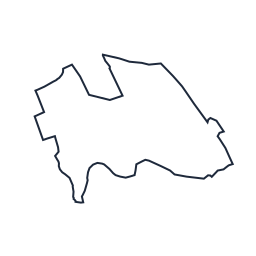 outline of Kuje, Federal Capital Territory, Nigeria, rotated 241°
{"feature_id": "59680162B82387239737873", "entity_name": "Kuje", "entity_type": "district", "adm_level": 2, "iso_a3": "NGA", "parent_name": "Nigeria", "parent_adm1": "Federal Capital Territory", "projection": "orthographic", "projection_center": [7.22, 8.673], "detail": "fine", "context": "isolated", "style": "outline", "palette": "slate", "viewbox_px": 256, "rotation_deg": 241, "n_neighbors": 0, "source": "geoboundaries", "source_scale": "gbopen_adm2", "svg_char_len": 1560}
<svg xmlns="http://www.w3.org/2000/svg" viewBox="0 0 256 256"><g transform="rotate(241 128 128)"><path d="M88.9,46.3L88.4,46.9L85.6,50.6L84.7,52.8L90.5,54.5L91.2,55.7L94.0,59.7L99.8,65.5L101.9,67.4L104.1,68.1L108.7,71.6L111.6,74.9L112.9,79.7L112.6,82.2L112.3,84.3L109.4,88.1L107.7,89.5L101.2,91.9L95.7,93.1L92.8,94.3L89.3,97.6L85.7,101.9L84.7,105.9L84.0,109.0L83.9,109.8L83.6,110.9L87.2,114.0L92.2,117.7L92.0,124.1L91.8,127.7L89.3,130.5L78.6,138.4L70.4,144.2L64.8,146.2L57.1,155.6L46.9,169.8L47.5,173.4L47.8,175.1L46.5,177.0L44.7,177.6L46.7,184.1L47.3,185.8L45.5,191.5L46.1,195.1L46.4,197.1L46.5,198.1L46.2,199.6L45.7,202.1L47.2,202.2L53.7,202.7L63.3,203.5L74.0,202.8L77.3,202.4L79.4,205.7L78.5,210.0L91.5,208.9L96.8,204.9L96.4,202.3L94.4,200.3L99.5,199.7L117.2,197.5L131.3,196.2L138.2,195.5L147.9,193.4L151.9,192.5L168.5,188.0L173.3,177.0L178.3,171.6L185.3,161.4L191.0,156.1L193.3,153.9L204.3,141.6L203.7,141.2L200.4,141.0L197.7,140.7L195.5,141.1L193.8,141.4L190.6,141.9L189.0,141.0L189.0,140.7L158.9,138.9L161.3,125.7L175.9,110.0L196.3,111.1L210.6,109.7L211.3,100.0L208.4,98.3L206.7,96.0L205.2,92.2L205.0,89.6L204.9,89.5L204.7,88.6L204.7,87.2L204.8,85.0L204.7,75.0L205.3,67.4L205.6,65.2L199.7,64.6L182.6,62.3L183.4,52.0L158.7,47.9L157.9,52.5L156.3,60.1L154.0,59.5L145.1,57.5L140.9,55.8L138.9,50.7L134.2,50.8L132.5,50.9L130.6,50.5L128.2,49.0L126.6,48.7L124.9,48.4L121.2,49.0L118.0,50.6L112.7,52.7L106.7,52.1L104.5,51.9L103.5,51.2L98.7,49.5L94.3,46.6L93.3,46.7L92.3,46.0L91.1,46.5L89.6,46.8L88.9,46.3Z" fill="none" stroke="#1e293b" stroke-width="2"/></g></svg>